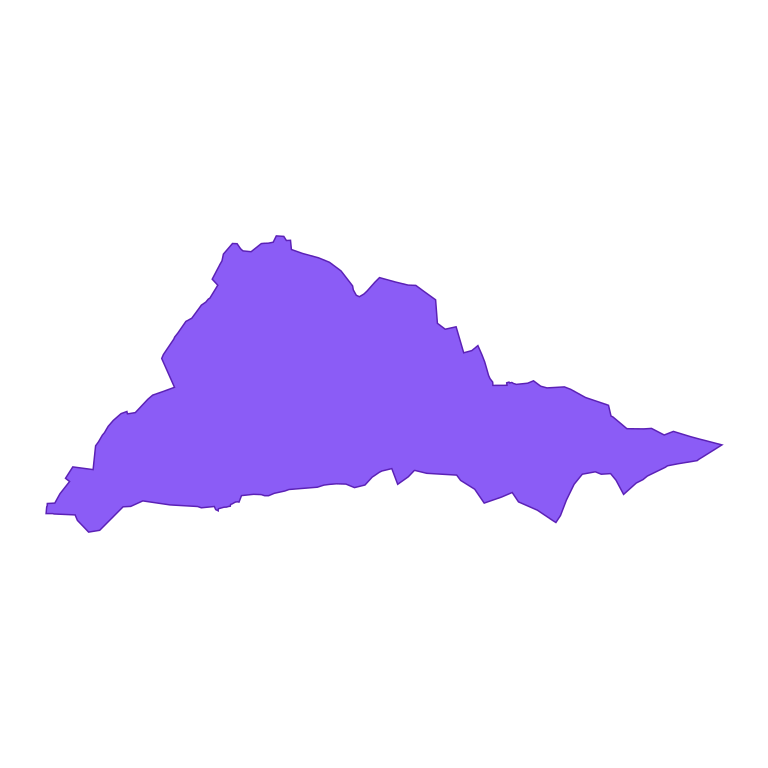 outline of Garki, Jigawa, Nigeria
{"feature_id": "59680162B71065109904105", "entity_name": "Garki", "entity_type": "district", "adm_level": 2, "iso_a3": "NGA", "parent_name": "Nigeria", "parent_adm1": "Jigawa", "projection": "robinson", "projection_center": [9.076, 12.431], "detail": "fine", "context": "isolated", "style": "filled", "palette": "violet", "viewbox_px": 768, "rotation_deg": 0, "n_neighbors": 0, "source": "geoboundaries", "source_scale": "gbopen_adm2", "svg_char_len": 2761}
<svg xmlns="http://www.w3.org/2000/svg" viewBox="0 0 768 768"><path d="M397.7,484.3L408.3,476.8L414.3,470.5L414.7,470.4L414.8,470.4L426.7,473.3L456.7,475.1L460.6,480.4L461.4,480.9L474.7,489.2L484.2,503.1L501.7,497.0L512.2,492.5L518.5,501.9L537.4,510.2L552.4,520.3L555.9,522.5L560.5,515.5L566.4,500.1L574.1,484.3L582.3,474.2L595.3,471.8L601.2,474.2L610.6,473.6L616.0,480.2L623.6,494.4L636.3,483.0L643.0,479.6L647.4,476.0L665.3,467.3L667.5,465.8L677.8,463.8L697.2,460.6L698.7,459.4L706.6,454.5L721.9,444.9L705.1,440.5L699.9,439.2L690.7,436.7L677.6,432.7L673.4,431.4L664.2,435.0L651.5,428.4L643.8,428.9L626.9,428.7L613.0,417.0L611.0,416.0L608.5,405.3L585.5,397.5L570.6,389.3L564.4,386.9L547.0,387.9L540.7,386.2L537.9,384.1L533.5,380.8L527.7,383.2L516.1,384.4L514.8,383.8L514.0,383.7L513.0,383.2L512.1,382.6L511.5,382.5L511.0,382.7L509.5,382.9L509.0,382.1L506.7,382.8L507.0,385.3L492.9,385.4L492.7,382.1L491.7,380.8L490.0,378.6L488.6,375.5L486.3,367.4L484.7,361.9L481.9,354.7L477.9,345.6L471.8,350.6L463.7,352.8L456.1,326.8L445.2,329.2L437.4,323.3L435.6,299.8L423.8,291.3L415.8,285.4L408.1,285.1L395.4,282.0L379.5,277.6L374.9,282.2L367.0,291.1L363.8,294.1L359.4,296.7L356.3,295.3L353.3,289.9L352.6,285.9L349.6,282.0L341.0,270.9L329.5,262.3L318.5,257.8L302.7,253.5L291.4,249.5L290.5,240.3L286.4,240.5L283.8,236.4L276.3,235.9L273.2,242.2L268.2,243.2L264.1,243.3L261.3,243.6L251.1,251.7L243.0,250.9L241.1,249.3L239.9,247.8L237.1,243.7L232.5,243.5L223.4,254.1L222.0,260.8L219.6,265.0L219.2,265.9L217.0,270.0L212.2,279.2L217.8,285.2L209.9,298.1L208.3,299.1L205.8,302.1L201.4,305.1L200.6,306.2L191.8,318.2L185.9,321.4L177.8,333.1L174.7,337.0L173.8,339.1L163.4,354.5L161.7,358.5L174.5,387.3L162.5,391.7L152.7,395.1L147.8,399.3L135.3,412.6L129.3,413.6L127.4,413.8L126.9,411.5L121.1,413.6L113.3,420.4L108.2,426.3L105.7,430.5L105.3,431.3L104.3,432.9L102.4,435.1L98.5,441.8L95.6,445.8L93.1,469.6L72.8,466.9L65.5,478.3L69.6,481.5L60.0,493.7L54.8,503.1L47.3,503.5L47.2,505.9L46.8,506.5L46.6,507.7L46.1,513.6L49.8,513.6L52.8,513.6L53.8,513.9L54.2,514.0L55.0,514.0L75.1,514.9L77.4,520.4L85.1,528.4L88.6,532.1L99.7,530.3L123.1,506.8L130.7,506.4L142.8,500.9L170.0,504.9L197.6,506.5L201.3,507.8L214.3,506.5L215.7,509.6L218.2,510.8L218.2,510.5L218.2,510.1L218.2,509.8L218.2,509.6L218.2,509.4L218.3,509.3L218.3,509.1L218.5,508.8L218.6,508.7L224.0,507.2L226.4,507.1L227.5,506.8L228.4,506.5L230.3,506.2L230.6,504.4L232.1,503.9L234.4,502.6L235.6,502.0L237.7,501.8L239.0,502.1L241.5,495.6L253.5,494.3L261.3,494.6L264.6,495.7L268.6,495.7L274.3,493.3L284.8,491.0L289.0,489.5L317.4,487.2L323.9,485.1L329.3,484.4L336.5,483.8L346.0,484.1L354.5,487.6L365.0,485.0L372.2,477.1L374.5,475.6L379.3,472.3L381.9,471.0L391.8,468.6L397.7,484.3Z" fill="#8b5cf6" stroke="#5b21b6" stroke-width="1.5"/></svg>